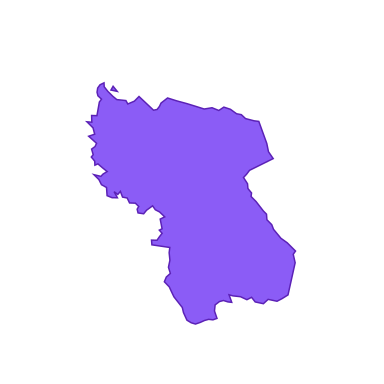 Santo Antônio do Planalto, Rio Grande do Sul, Brazil, rotated 133°
{"feature_id": "56859067B7641888126527", "entity_name": "Santo Antônio do Planalto", "entity_type": "district", "adm_level": 2, "iso_a3": "BRA", "parent_name": "Brazil", "parent_adm1": "Rio Grande do Sul", "projection": "equal_earth", "projection_center": [-52.67, -28.37], "detail": "fine", "context": "isolated", "style": "filled", "palette": "violet", "viewbox_px": 384, "rotation_deg": 133, "n_neighbors": 0, "source": "geoboundaries", "source_scale": "gbopen_adm2", "svg_char_len": 1893}
<svg xmlns="http://www.w3.org/2000/svg" viewBox="0 0 384 384"><g transform="rotate(133 192 192)"><path d="M94.8,191.3L97.5,195.0L101.8,202.9L101.8,208.7L104.4,212.8L105.3,220.3L108.2,226.6L114.1,228.0L116.7,234.8L123.0,239.7L127.3,248.7L130.9,256.1L135.9,265.6L139.9,274.0L148.1,275.3L151.5,274.2L155.4,273.8L158.4,275.9L158.3,295.9L164.9,296.1L171.4,299.0L170.2,302.7L175.7,310.0L176.0,315.2L175.8,322.2L174.9,328.0L172.2,330.8L176.3,332.4L180.3,331.9L183.8,329.5L185.8,326.4L185.8,321.5L189.4,321.1L201.0,313.6L204.5,317.6L209.3,312.9L212.3,316.7L212.6,308.1L216.1,302.6L221.7,305.6L221.5,295.0L224.9,293.9L229.1,294.7L232.1,289.7L235.1,289.5L235.8,284.2L238.6,281.3L235.6,280.0L235.3,273.5L234.9,268.0L239.6,269.3L242.7,269.3L246.2,275.5L246.4,268.6L248.4,263.2L247.0,257.6L252.6,251.6L250.7,246.6L247.1,242.6L244.9,249.2L244.4,244.6L240.4,244.8L243.1,239.3L240.6,235.3L242.6,230.2L238.8,225.8L238.9,221.1L242.0,220.4L244.1,217.2L240.9,212.5L236.3,212.8L229.0,211.4L230.0,206.7L228.7,202.1L228.8,195.0L233.5,196.8L239.3,188.8L242.2,189.9L242.6,185.7L247.0,185.3L251.2,184.7L254.8,188.8L258.0,185.3L247.7,170.4L252.0,167.3L257.0,161.6L263.1,157.9L266.3,152.3L271.7,152.8L276.5,151.0L276.9,143.9L279.0,138.8L281.0,133.7L283.1,120.3L286.0,116.0L289.2,108.3L288.2,103.4L286.2,99.4L281.7,97.0L277.4,95.2L273.8,93.0L271.2,89.5L267.4,87.5L263.7,94.4L258.8,98.1L253.4,97.2L249.9,95.0L247.9,90.8L245.6,87.7L241.9,94.8L240.1,91.3L235.5,85.1L233.3,78.4L228.4,76.6L229.3,70.8L225.0,63.6L218.6,63.1L213.9,55.3L208.5,53.4L201.8,51.6L173.4,68.3L168.5,75.5L164.6,76.0L164.2,87.7L165.2,95.4L163.7,106.9L161.5,111.4L161.2,118.3L157.4,122.4L157.2,126.9L155.3,138.6L155.0,145.7L152.1,147.8L151.3,153.5L148.1,157.0L146.3,164.2L141.9,164.2L136.9,164.7L112.2,155.4L110.4,163.5L105.5,170.4L94.8,191.3ZM172.7,320.8L169.4,315.3L168.5,321.8L172.7,320.8Z" fill="#8b5cf6" stroke="#5b21b6" stroke-width="1.5"/></g></svg>